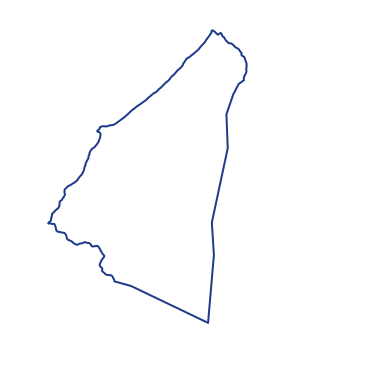 outline of Santa Fe, Colón, Honduras, rotated 319°
{"feature_id": "27666195B82036397342560", "entity_name": "Santa Fe", "entity_type": "district", "adm_level": 2, "iso_a3": "HND", "parent_name": "Honduras", "parent_adm1": "Colón", "projection": "natural_earth1", "projection_center": [-86.12, 15.827], "detail": "fine", "context": "isolated", "style": "outline", "palette": "blue", "viewbox_px": 384, "rotation_deg": 319, "n_neighbors": 0, "source": "geoboundaries", "source_scale": "gbopen_adm2", "svg_char_len": 5645}
<svg xmlns="http://www.w3.org/2000/svg" viewBox="0 0 384 384"><g transform="rotate(319 192 192)"><path d="M313.5,83.5L313.2,83.5L312.6,83.2L312.1,83.7L311.7,84.0L311.1,84.5L310.7,84.6L309.0,85.0L306.9,85.6L305.1,86.0L302.6,86.5L301.4,86.9L300.5,87.2L300.2,87.3L298.6,87.5L294.7,87.9L293.3,88.1L291.9,88.4L290.8,88.6L289.7,88.7L286.4,88.7L284.9,88.7L284.3,88.7L283.2,88.6L280.6,88.5L278.8,88.5L276.7,88.1L275.2,87.9L275.0,88.0L274.2,88.1L272.6,88.7L270.8,89.1L269.5,89.5L269.0,89.7L268.4,90.1L267.9,90.3L267.0,90.5L265.4,90.8L264.6,90.8L263.3,90.8L261.6,90.7L260.9,90.7L259.5,90.9L257.5,91.3L255.8,91.5L254.3,91.6L253.3,91.5L252.9,91.5L252.4,91.5L251.5,91.6L250.6,91.8L249.1,92.2L248.3,92.3L247.4,92.4L246.0,92.4L244.4,92.3L243.0,92.3L241.8,92.4L239.7,92.6L238.1,92.8L237.4,92.8L235.6,92.7L233.9,92.7L233.6,92.8L232.8,92.9L231.8,93.0L231.3,93.0L230.2,92.9L228.3,92.5L226.7,92.3L223.1,92.3L220.5,92.2L219.9,92.2L219.0,92.4L218.6,92.4L217.3,92.4L215.2,92.2L210.1,91.7L206.3,91.2L204.5,91.2L199.5,90.9L195.9,91.1L190.5,91.2L183.9,90.7L183.1,90.6L182.2,90.6L181.3,90.5L180.1,90.4L179.1,90.3L178.3,90.1L177.7,90.0L177.0,89.8L176.5,89.6L176.0,89.3L175.4,88.9L174.8,88.6L174.2,88.1L173.8,87.9L172.6,87.3L171.3,86.8L170.8,86.6L170.4,86.4L170.2,86.2L168.6,84.5L167.3,83.6L166.7,83.2L165.4,82.8L165.1,82.8L164.6,82.9L164.0,83.5L163.7,83.7L163.5,83.8L163.2,83.8L161.9,83.5L161.6,83.5L161.0,83.6L160.7,83.7L160.6,83.8L160.4,84.0L160.3,84.4L160.4,84.6L160.4,84.8L160.7,85.1L161.2,85.8L161.3,86.1L161.4,86.8L161.3,87.3L161.2,87.7L161.0,88.1L160.7,88.5L160.5,88.8L158.7,90.4L158.5,90.5L157.9,90.8L157.5,91.1L156.4,91.7L155.8,92.1L154.9,92.5L153.7,93.0L152.4,93.4L151.4,93.6L148.6,94.1L147.9,94.2L147.3,94.2L146.1,93.9L145.1,93.9L143.1,94.2L142.2,94.5L141.2,94.9L140.5,95.1L140.3,95.2L140.0,95.5L139.7,95.8L139.4,96.3L137.8,96.9L137.5,97.0L137.0,97.5L136.6,98.1L136.3,98.3L136.0,98.5L135.6,98.7L132.9,99.6L131.4,100.3L130.6,100.7L130.1,101.1L129.7,101.4L129.3,101.7L129.0,101.9L128.7,102.1L128.1,102.2L127.5,102.5L126.5,103.3L125.5,104.2L125.0,104.5L123.0,105.4L120.6,106.4L120.1,106.5L116.5,106.9L113.2,107.8L112.7,107.9L112.3,107.9L111.0,107.8L108.9,107.7L108.7,107.7L108.3,107.5L108.0,107.4L107.2,107.3L106.4,107.3L104.2,106.9L102.9,106.4L102.4,106.3L102.1,106.2L101.2,106.3L99.8,106.5L98.7,106.5L97.9,106.6L97.6,106.6L97.3,106.7L97.0,107.0L96.8,107.2L96.4,107.7L95.9,108.2L95.6,108.5L95.2,109.0L95.0,109.6L94.9,109.9L94.7,110.3L94.5,110.5L94.1,110.8L93.6,111.1L92.6,111.4L91.6,111.7L90.5,111.8L89.9,112.1L89.1,112.4L88.7,112.5L88.1,112.6L87.4,112.6L87.0,112.6L86.5,112.4L86.3,112.4L86.1,112.4L85.9,112.5L85.7,112.6L84.2,114.1L83.5,114.8L82.9,115.3L82.6,115.5L82.0,115.9L81.3,116.1L80.8,116.3L80.3,116.4L78.3,116.4L78.0,116.4L77.7,116.3L77.4,116.3L76.2,116.3L75.8,116.4L75.5,116.6L75.3,116.6L74.2,116.6L71.9,116.8L71.6,117.0L71.4,117.2L71.2,117.6L70.7,118.1L70.2,118.4L69.8,118.7L69.5,118.8L69.1,119.0L68.7,119.2L67.9,120.0L67.5,120.4L67.3,120.6L66.8,120.9L66.5,121.0L66.0,121.1L65.8,121.1L63.7,121.0L63.2,121.2L63.1,121.3L63.2,121.7L63.2,121.8L63.5,121.9L63.8,122.1L64.0,122.2L64.2,122.3L64.7,123.0L65.0,123.7L65.3,124.3L65.5,124.5L65.9,124.7L66.4,125.0L66.6,125.1L66.8,125.4L67.0,125.8L67.0,126.1L67.0,126.3L66.5,128.0L66.1,128.9L65.2,130.5L64.7,131.6L64.5,131.9L64.4,132.3L64.4,132.5L64.4,132.8L64.4,133.1L64.5,133.4L64.8,134.1L65.0,134.4L65.5,134.8L66.1,135.5L67.1,137.1L67.8,137.9L68.6,138.8L68.7,139.1L68.8,139.4L68.9,139.7L68.9,140.4L68.7,142.0L68.1,143.3L67.6,144.0L67.2,144.7L67.1,144.9L67.0,145.2L67.0,145.5L67.0,145.9L67.0,146.3L67.2,146.9L68.1,148.7L68.4,149.2L68.6,149.7L68.8,150.5L69.2,153.1L69.6,154.6L69.9,155.5L70.1,155.8L70.4,156.1L70.9,156.5L71.4,156.8L71.9,157.0L72.5,157.1L73.0,157.1L73.4,157.3L73.7,157.6L73.9,157.7L76.3,158.9L77.2,159.2L77.9,159.3L78.1,159.4L78.2,159.5L78.5,159.9L79.3,161.3L80.7,162.9L80.8,163.2L81.0,163.6L81.1,164.0L81.2,164.3L81.2,164.7L81.2,165.1L81.1,165.7L80.9,166.5L80.8,167.0L80.9,167.4L81.0,167.7L81.2,167.9L81.3,168.0L82.9,169.0L83.9,169.7L85.0,170.4L85.1,170.6L85.3,170.9L85.4,171.2L85.5,171.5L85.5,172.1L85.4,172.8L85.1,174.7L84.8,175.7L84.5,177.3L84.1,178.6L84.0,179.2L84.0,180.3L83.9,181.4L84.0,181.8L84.1,182.3L83.4,183.1L82.1,183.5L80.8,183.7L79.8,183.9L78.8,184.3L77.2,184.9L75.2,185.9L74.3,186.7L74.0,187.5L74.1,188.2L74.0,189.1L74.1,190.2L74.0,191.0L73.7,191.5L73.1,191.8L72.6,192.2L72.2,192.8L72.2,193.3L72.7,195.2L72.8,197.3L72.9,197.9L73.5,198.7L74.9,200.3L76.3,201.8L76.5,202.8L76.5,203.8L75.9,206.1L75.5,207.7L74.9,208.7L84.3,222.9L118.2,301.2L118.5,301.1L167.3,253.8L186.9,228.1L247.7,182.4L268.9,156.0L287.0,145.5L298.1,141.1L304.4,141.7L305.8,140.1L306.9,139.2L308.8,138.4L310.3,137.9L312.0,136.9L312.6,136.3L312.9,135.7L313.2,135.2L314.2,134.4L315.0,133.5L315.7,132.9L316.9,131.5L317.4,130.8L317.7,130.3L317.9,129.8L318.1,129.0L318.4,128.4L319.8,125.1L319.9,124.8L320.0,124.4L320.0,124.0L319.9,123.6L319.7,123.2L319.2,122.0L319.2,121.5L319.2,121.2L319.4,120.7L319.6,120.5L320.0,120.3L320.2,120.1L320.5,119.8L320.6,119.6L320.6,119.1L320.5,118.3L320.5,117.7L320.6,117.0L320.9,116.0L320.9,115.6L320.9,115.1L320.9,114.7L320.8,114.2L320.4,113.2L320.0,111.9L319.7,110.8L319.6,109.6L319.6,108.4L319.5,107.4L319.4,106.8L319.3,106.3L319.1,105.9L318.9,105.5L318.6,105.2L318.1,104.6L317.6,103.9L317.4,103.7L317.3,103.3L317.2,102.7L317.2,102.3L317.2,101.5L317.1,100.5L317.0,99.7L317.4,97.6L317.6,96.3L317.6,96.0L317.4,95.1L317.3,94.7L317.3,94.4L317.4,93.9L318.0,92.0L318.0,91.6L318.0,91.3L318.0,91.0L317.8,90.9L317.7,90.7L315.4,90.4L315.0,90.3L314.8,90.2L314.7,90.0L314.6,89.8L314.6,89.6L314.4,86.5L314.3,85.9L314.1,85.3L313.9,84.4L313.5,83.5Z" fill="none" stroke="#1e3a8a" stroke-width="2"/></g></svg>